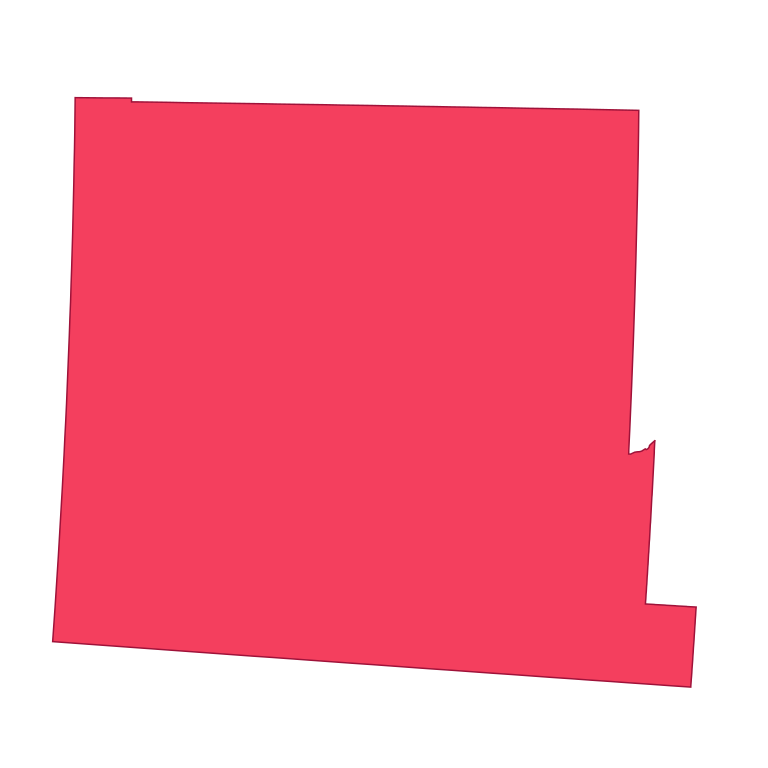 New Mexico, orthographic projection, rotated 273°
{"feature_id": "USA-3524", "entity_name": "New Mexico", "entity_type": "State", "adm_level": 1, "iso_a3": "USA", "parent_name": "United States of America", "parent_adm1": "", "projection": "orthographic", "projection_center": [-107.139, 34.164], "detail": "fine", "context": "isolated", "style": "filled", "palette": "rose", "viewbox_px": 768, "rotation_deg": 273, "n_neighbors": 0, "source": "natural_earth", "source_scale": "10m", "svg_char_len": 3580}
<svg xmlns="http://www.w3.org/2000/svg" viewBox="0 0 768 768"><g transform="rotate(273 384 384)"><path d="M185.5,656.7L183.0,656.7L180.5,656.6L178.0,656.6L178.0,657.4L178.0,658.2L178.0,659.0L178.0,659.8L178.0,660.6L178.0,661.4L178.0,662.2L178.0,663.0L178.0,663.8L178.0,664.5L178.0,665.3L177.9,666.1L177.9,666.9L177.9,667.7L177.9,668.5L177.9,669.3L177.9,670.1L177.9,670.9L177.9,671.7L177.9,672.5L177.9,673.3L177.9,674.1L177.9,674.8L177.9,675.6L177.9,676.4L177.8,677.2L177.8,678.0L177.8,678.8L177.8,679.6L177.8,680.4L177.8,681.2L177.8,682.0L177.8,682.8L177.8,683.6L177.8,684.4L177.8,685.2L177.8,686.0L177.8,686.7L177.7,687.5L177.7,688.3L177.7,689.1L177.7,689.9L177.7,690.7L177.7,691.5L177.7,692.3L177.7,693.1L177.7,693.9L177.7,694.7L177.7,695.5L177.7,696.3L177.7,697.1L177.7,697.8L177.6,698.6L177.6,699.4L177.6,700.2L177.6,701.0L177.6,701.8L177.6,702.6L177.6,703.4L177.6,704.2L177.6,705.0L177.6,705.8L177.6,706.6L177.6,707.4L173.4,707.3L169.3,707.3L165.2,707.2L161.1,707.2L157.0,707.1L152.9,707.1L148.8,707.0L144.6,707.0L140.5,706.9L136.4,706.8L132.3,706.8L128.2,706.7L124.1,706.7L119.9,706.6L115.8,706.5L111.7,706.5L107.6,706.4L105.0,706.3L103.5,706.3L99.4,706.2L97.4,706.2L97.4,705.9L97.4,705.7L97.7,685.7L98.1,665.7L98.4,645.7L98.8,625.8L99.1,605.8L99.5,585.8L99.8,565.9L100.2,545.9L100.6,525.9L100.9,506.0L101.3,486.0L101.7,466.0L102.0,446.0L102.4,426.0L102.8,406.1L103.2,386.1L103.5,366.1L103.9,346.1L104.3,326.2L104.7,306.2L105.1,286.2L105.4,266.2L105.8,246.3L106.2,226.3L106.6,206.3L107.0,186.4L107.4,166.4L107.8,146.4L108.2,126.5L108.6,106.5L109.0,86.5L109.4,66.6L126.4,66.9L143.4,67.2L160.4,67.4L177.5,67.6L194.5,67.8L211.5,67.9L228.5,68.0L245.5,68.1L262.6,68.2L279.6,68.2L296.6,68.2L313.6,68.1L330.7,68.1L347.7,68.0L364.7,67.8L381.7,67.6L398.8,67.4L415.8,67.2L432.8,66.9L449.8,66.7L466.8,66.3L483.8,66.0L500.8,65.6L517.8,65.2L534.8,64.7L551.8,64.2L568.8,63.7L585.8,63.1L602.8,62.6L619.8,62.0L636.8,61.3L653.8,60.6L654.4,74.7L655.0,88.8L655.7,102.8L656.3,116.9L652.5,117.1L652.6,119.1L652.8,122.7L653.4,138.3L654.0,154.0L654.5,169.7L655.1,185.3L655.7,201.0L656.3,216.7L656.9,232.3L657.5,248.0L658.0,263.7L658.6,279.3L659.2,295.0L659.8,310.7L660.3,326.4L660.9,342.0L661.5,357.7L662.0,373.4L662.6,389.1L663.1,404.7L663.7,420.4L664.2,436.1L664.8,451.8L665.3,467.4L665.9,483.1L666.4,498.8L666.9,514.5L667.5,530.1L668.0,545.8L668.6,561.5L669.1,577.1L669.6,592.8L670.1,608.5L670.6,624.1L649.4,625.0L628.2,625.8L607.0,626.5L585.8,627.2L564.6,627.8L543.4,628.4L522.1,629.0L500.9,629.5L479.7,630.0L458.4,630.4L437.2,630.8L415.9,631.1L394.7,631.4L373.4,631.6L352.2,631.8L330.9,631.9L328.4,632.0L326.9,632.0L326.9,633.9L329.0,637.9L329.5,640.3L329.8,642.9L330.5,644.9L332.9,648.3L332.2,649.2L332.8,650.5L333.7,651.4L334.8,652.1L336.2,652.3L337.4,653.1L342.0,657.8L340.9,657.4L336.9,657.4L334.4,657.4L331.9,657.4L329.4,657.5L326.9,657.5L324.5,657.5L322.0,657.5L319.5,657.5L317.0,657.5L314.5,657.5L312.1,657.5L309.6,657.5L307.1,657.5L304.6,657.5L302.1,657.5L299.6,657.5L297.2,657.5L294.7,657.5L292.2,657.5L289.7,657.5L287.2,657.5L284.8,657.4L282.3,657.4L279.8,657.4L277.3,657.4L274.8,657.4L272.3,657.4L269.9,657.4L267.4,657.4L264.9,657.4L262.4,657.4L259.9,657.4L257.5,657.3L255.0,657.3L252.5,657.3L250.0,657.3L247.5,657.3L245.0,657.3L242.6,657.3L240.1,657.2L237.6,657.2L235.1,657.2L232.6,657.2L230.1,657.2L227.7,657.1L225.2,657.1L222.7,657.1L220.2,657.1L217.7,657.1L215.3,657.0L212.8,657.0L210.3,657.0L207.8,657.0L205.3,656.9L202.9,656.9L200.4,656.9L197.9,656.9L195.4,656.8L192.9,656.8L190.4,656.8L188.0,656.7L185.5,656.7Z" fill="#f43f5e" stroke="#9f1239" stroke-width="1.5"/></g></svg>